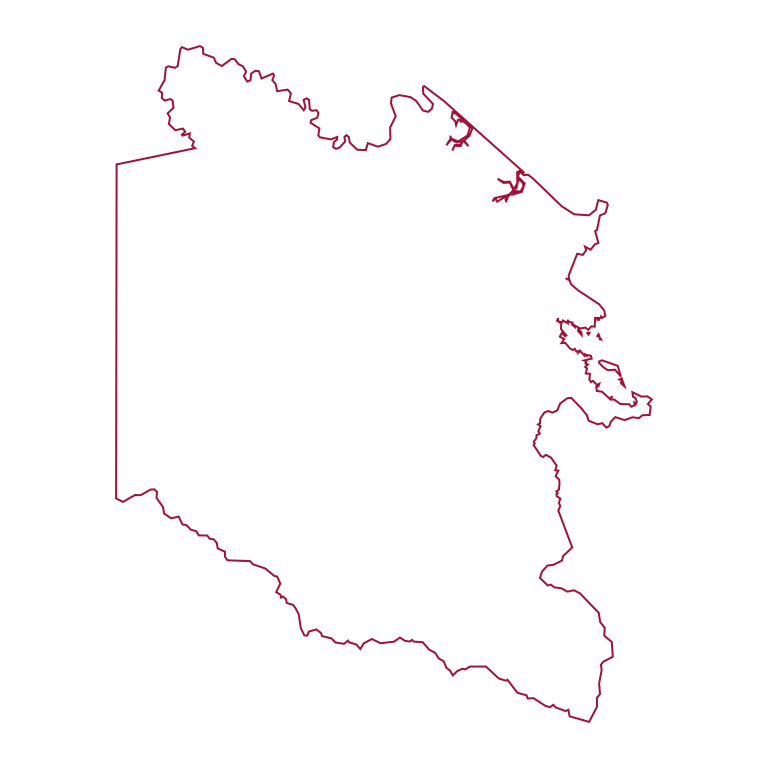 Changuinola, Bocas del Toro, Panama
{"feature_id": "35544464B1778139424471", "entity_name": "Changuinola", "entity_type": "district", "adm_level": 2, "iso_a3": "PAN", "parent_name": "Panama", "parent_adm1": "Bocas del Toro", "projection": "orthographic", "projection_center": [-82.488, 9.215], "detail": "fine", "context": "isolated", "style": "outline", "palette": "rose", "viewbox_px": 768, "rotation_deg": 0, "n_neighbors": 0, "source": "geoboundaries", "source_scale": "gbopen_adm2", "svg_char_len": 6090}
<svg xmlns="http://www.w3.org/2000/svg" viewBox="0 0 768 768"><path d="M647.9,403.9L651.9,399.4L647.5,396.4L641.4,396.6L632.4,392.2L633.1,396.9L635.3,397.9L636.8,401.7L636.0,403.8L634.4,402.5L634.7,405.3L631.2,406.7L629.4,404.3L620.4,404.0L613.9,399.4L610.7,399.7L602.0,391.7L596.8,391.0L596.3,386.6L598.9,384.5L597.1,386.5L598.4,386.4L599.3,383.7L596.8,384.9L593.1,380.9L590.9,382.1L589.3,379.3L590.0,373.8L585.8,373.5L587.0,368.4L585.2,366.9L587.8,364.5L585.5,363.5L586.4,361.7L585.8,360.0L585.8,361.3L584.0,360.5L591.7,358.6L590.9,355.8L587.4,355.0L586.9,356.1L585.1,354.2L584.5,355.8L580.4,351.0L578.8,352.4L579.3,350.8L576.5,351.8L574.8,348.8L572.9,350.0L569.9,348.4L565.3,342.9L561.5,343.1L564.2,339.0L559.8,336.7L561.8,333.0L565.0,336.2L566.3,335.4L561.0,329.0L561.3,322.4L560.2,322.8L557.0,320.7L558.4,318.0L557.6,320.5L559.7,321.9L562.6,321.9L562.9,320.5L567.7,323.2L567.1,321.7L568.6,319.8L567.7,321.7L572.6,322.6L572.0,324.5L574.7,326.8L574.4,325.3L580.2,328.5L585.5,327.6L588.2,329.8L591.3,326.3L594.7,326.7L595.1,317.9L600.6,318.0L601.1,316.5L602.1,317.9L605.2,316.1L604.3,310.6L599.2,304.3L578.0,290.3L571.0,284.2L569.6,280.5L565.6,278.2L569.4,279.8L568.6,275.7L577.2,253.8L582.8,254.9L586.2,250.2L585.0,246.6L590.6,249.7L594.9,244.2L598.4,243.0L595.1,231.1L597.0,230.0L599.9,215.6L605.4,213.1L607.8,205.0L606.8,202.6L598.3,200.1L595.8,209.8L589.0,215.3L574.2,214.3L561.8,206.3L532.5,178.1L528.0,174.7L523.8,175.2L520.1,171.8L517.6,176.3L524.7,183.5L521.9,191.8L513.8,194.3L515.7,192.3L513.2,192.2L507.8,196.4L507.3,199.0L505.8,199.9L506.6,202.3L505.4,199.4L507.4,196.5L506.2,196.0L497.2,201.7L495.4,198.4L492.5,201.4L494.6,198.1L508.9,194.8L512.9,190.7L520.4,191.6L523.6,186.1L522.1,181.7L518.3,179.6L516.4,188.4L512.9,189.2L509.9,182.5L503.5,182.9L497.6,178.8L503.9,182.1L509.8,181.6L512.8,187.4L515.4,187.5L517.3,182.8L517.2,172.1L520.1,170.7L524.4,172.9L443.9,101.0L424.1,86.0L422.9,87.2L423.3,93.7L433.0,104.0L431.9,108.6L428.2,111.9L422.9,110.5L416.2,100.9L410.4,97.1L399.3,95.1L391.6,97.6L391.0,103.4L395.7,116.4L390.1,127.5L390.4,139.1L385.9,144.0L377.8,146.7L367.9,143.1L365.8,150.1L357.2,149.7L349.7,142.5L348.9,137.1L346.4,135.2L344.4,137.0L345.1,141.6L339.6,147.5L336.1,148.9L333.1,147.1L333.9,142.2L337.0,139.5L337.2,137.0L330.9,139.4L320.0,137.3L318.3,135.4L319.4,128.4L310.5,122.8L311.1,120.2L317.2,117.8L318.5,113.2L316.6,110.2L312.1,110.8L309.8,109.4L309.0,99.8L306.6,98.3L303.6,99.9L305.5,107.5L303.7,110.2L298.6,104.0L289.1,101.1L290.9,93.4L287.7,89.6L277.2,91.2L275.6,84.0L272.3,80.1L274.1,75.6L273.0,73.6L261.5,78.5L258.9,71.2L255.2,70.8L251.2,73.6L250.5,80.2L247.4,81.7L243.9,76.4L246.1,71.6L242.9,66.3L238.4,64.1L234.8,59.3L231.5,58.8L221.9,66.0L216.1,62.9L213.9,57.7L203.3,53.9L202.9,47.8L200.0,46.1L187.9,49.7L181.9,47.1L180.3,49.2L177.7,66.1L175.0,67.8L168.4,66.3L165.9,67.6L164.5,80.2L158.7,90.6L162.1,92.7L161.8,98.0L164.8,100.6L170.5,99.0L172.7,100.8L173.5,107.8L167.6,113.4L170.0,117.5L168.9,124.1L175.3,130.2L183.0,128.6L185.2,131.8L181.9,134.6L182.6,135.6L189.8,133.4L189.2,137.6L193.9,141.5L192.2,145.9L195.1,148.2L116.6,164.4L116.1,498.4L122.9,501.9L135.0,495.0L140.6,495.2L150.5,489.6L154.1,489.3L157.0,491.8L156.5,498.0L162.9,506.8L164.1,513.5L171.1,518.3L178.7,516.6L182.4,524.4L186.6,525.2L190.7,529.6L196.2,531.2L198.8,535.4L207.2,535.5L209.7,538.7L213.8,539.3L216.8,543.0L217.7,548.4L225.0,551.8L224.9,556.6L227.5,560.3L250.1,561.1L252.9,564.3L265.5,568.6L274.4,576.0L277.2,576.5L280.3,583.6L276.2,592.1L280.4,594.6L281.1,597.6L283.0,596.5L286.2,599.4L286.6,602.9L292.9,604.9L295.3,607.8L298.7,614.2L300.8,628.2L304.4,635.4L307.3,635.6L308.8,631.6L316.3,629.4L321.0,633.0L322.2,636.2L331.3,638.3L335.6,642.5L343.9,643.8L348.1,640.6L349.2,642.4L356.2,644.4L360.3,649.0L363.7,643.4L371.8,639.0L380.6,643.2L394.0,641.7L399.9,637.6L405.2,640.9L409.9,641.5L411.9,639.9L413.7,641.6L422.7,642.2L429.1,649.6L435.1,652.8L438.8,658.5L443.7,661.2L446.5,668.0L450.0,670.5L452.8,675.4L457.0,671.3L462.0,668.8L465.4,669.4L469.9,666.6L485.9,666.5L498.8,678.5L505.9,680.7L507.5,679.8L517.4,692.8L526.6,695.3L527.7,698.5L533.5,698.2L545.6,706.0L550.0,707.2L553.2,704.8L555.8,707.5L565.5,711.0L568.4,709.8L569.6,716.3L589.1,721.9L597.0,706.7L596.9,697.8L600.0,694.2L599.1,683.5L601.6,670.3L601.0,664.7L603.4,661.6L612.8,656.8L611.8,642.0L604.3,635.8L604.7,627.8L600.2,622.1L598.7,612.8L580.1,593.5L574.1,590.3L567.3,591.6L561.4,588.3L554.2,587.3L550.8,584.6L547.8,585.5L540.0,578.0L541.9,571.7L547.4,565.6L553.3,564.8L562.0,560.6L563.0,556.2L572.2,547.4L558.3,510.5L560.3,506.0L558.9,502.9L560.3,498.5L556.7,496.2L556.4,494.2L557.7,493.1L556.3,491.4L558.9,489.7L559.5,483.4L559.2,479.6L555.6,476.2L558.3,470.6L555.3,470.3L556.6,465.7L551.1,457.7L545.9,454.8L543.3,457.0L540.9,456.0L533.6,445.0L534.8,443.4L533.7,441.7L536.4,438.2L536.5,435.2L539.8,433.6L538.3,431.2L540.6,426.2L538.1,424.4L539.9,423.4L540.4,418.3L544.4,412.5L548.1,411.0L552.5,412.6L557.3,410.4L560.1,403.5L567.4,398.2L571.3,397.9L581.0,407.9L587.0,415.4L588.5,420.6L597.5,424.3L602.3,423.2L606.3,427.6L609.3,426.1L610.9,421.6L615.3,417.1L624.5,420.1L632.4,417.3L638.9,418.1L642.4,415.2L649.6,415.0L650.7,406.6L647.9,403.9ZM452.3,150.6L454.7,145.1L460.4,144.8L461.4,143.1L460.8,141.4L456.5,142.5L451.4,139.4L446.4,145.2L450.5,138.8L450.4,135.7L451.1,138.5L458.1,141.4L467.5,135.6L469.9,127.6L466.3,123.6L461.0,120.2L460.8,122.5L460.1,120.0L458.1,119.6L456.1,125.1L455.3,121.2L451.6,117.6L452.6,112.2L453.8,113.1L454.0,111.9L472.3,128.5L469.4,135.9L464.1,140.4L468.5,146.2L463.0,140.5L460.6,146.1L454.6,145.8L452.3,150.6ZM602.0,360.3L599.0,361.5L599.3,363.1L603.6,367.4L607.8,370.2L614.9,369.7L620.9,376.5L617.7,365.8L602.0,360.3ZM624.5,386.4L621.7,378.3L619.5,379.5L621.4,380.1L621.1,383.4L624.5,386.4ZM578.3,329.0L578.1,331.1L581.6,335.0L581.3,332.2L578.3,329.0ZM589.6,332.7L587.7,332.6L587.2,333.1L588.5,334.6L589.6,332.7ZM610.0,398.4L611.8,397.2L612.3,396.2L610.0,398.4ZM598.9,336.8L599.2,335.5L598.5,334.2L597.3,336.0L598.9,336.8ZM599.8,339.3L601.1,339.5L599.8,337.5L599.8,339.3ZM599.6,320.2L598.1,319.0L597.5,319.7L599.6,320.2Z" fill="none" stroke="#9f1239" stroke-width="2"/></svg>